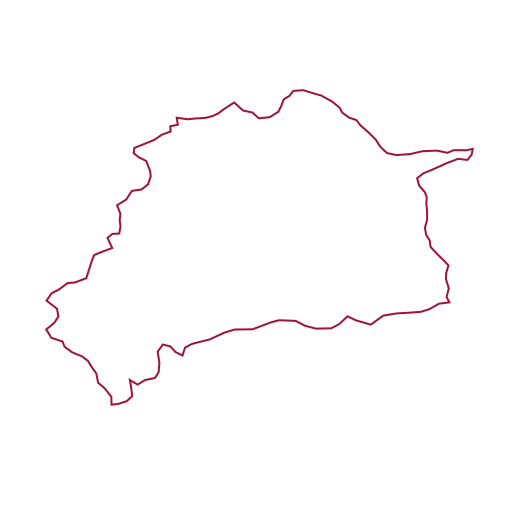 the district of Timburi, São Paulo, Brazil, rotated 280°
{"feature_id": "56859067B46714943844197", "entity_name": "Timburi", "entity_type": "district", "adm_level": 2, "iso_a3": "BRA", "parent_name": "Brazil", "parent_adm1": "São Paulo", "projection": "equal_earth", "projection_center": [-49.61, -23.198], "detail": "fine", "context": "isolated", "style": "outline", "palette": "rose", "viewbox_px": 512, "rotation_deg": 280, "n_neighbors": 0, "source": "geoboundaries", "source_scale": "gbopen_adm2", "svg_char_len": 1967}
<svg xmlns="http://www.w3.org/2000/svg" viewBox="0 0 512 512"><g transform="rotate(280 256 256)"><path d="M399.1,450.8L396.7,444.9L394.5,432.3L390.9,426.7L391.2,415.8L388.1,401.7L383.2,390.3L379.8,376.9L380.1,367.2L385.1,359.5L391.5,353.6L396.9,345.9L402.8,336.1L407.2,331.5L408.5,323.6L412.2,316.0L416.6,312.6L421.5,303.7L425.4,292.2L426.1,284.8L427.5,273.8L425.1,264.1L419.6,261.2L414.9,256.0L408.5,254.9L402.0,253.0L395.1,245.4L392.1,234.9L396.7,227.5L397.0,218.0L403.4,207.9L395.6,199.4L390.0,194.2L386.3,189.0L383.2,182.1L381.0,172.8L378.8,165.0L378.4,153.9L371.7,156.2L368.9,149.1L363.8,150.3L359.0,142.1L352.9,135.9L347.9,128.1L341.3,117.4L336.0,117.7L332.8,123.6L330.5,131.4L321.5,136.9L316.1,138.5L307.9,137.3L301.6,131.7L298.6,122.5L289.1,118.4L281.9,110.4L274.0,115.1L267.3,115.6L261.6,117.4L254.4,117.4L252.8,110.7L248.1,106.6L238.9,113.0L233.8,104.3L228.9,96.5L222.4,95.1L216.9,94.4L204.7,92.7L198.4,82.1L196.7,75.2L188.7,67.7L183.8,61.1L175.7,57.5L169.4,69.3L162.0,71.9L155.1,68.9L147.3,62.2L139.9,68.6L138.2,80.3L133.3,83.3L129.2,91.8L126.9,102.2L123.4,108.9L118.6,113.0L112.5,119.2L103.8,122.5L99.4,130.0L92.2,138.0L84.5,139.5L86.4,146.1L90.6,153.9L96.6,158.4L106.0,155.5L112.0,153.3L108.8,161.7L114.6,168.3L118.3,177.7L124.7,180.3L134.1,179.4L144.6,175.8L152.6,179.5L152.1,187.3L147.4,193.5L145.2,200.9L153.4,202.0L158.3,208.2L165.8,224.9L174.9,237.9L179.9,247.8L183.2,265.3L193.4,282.5L196.7,289.7L199.0,306.3L195.8,316.5L194.9,327.6L197.8,342.6L203.4,349.8L212.5,356.6L209.9,366.1L209.2,372.9L208.3,380.9L219.4,391.7L223.8,404.2L226.8,416.8L229.6,427.9L233.5,435.6L240.9,444.6L243.9,454.5L248.8,450.8L257.6,451.5L266.4,447.0L272.6,446.3L280.1,447.2L283.8,442.3L288.6,435.2L295.2,426.4L301.5,424.3L306.5,419.8L313.1,417.5L321.5,418.2L329.4,416.8L337.4,414.6L343.7,413.9L348.2,411.2L353.9,404.2L360.6,401.2L366.6,406.6L371.8,414.9L380.4,427.4L386.8,438.2L387.3,447.5L393.3,450.8L399.1,450.8Z" fill="none" stroke="#9f1239" stroke-width="2"/></g></svg>